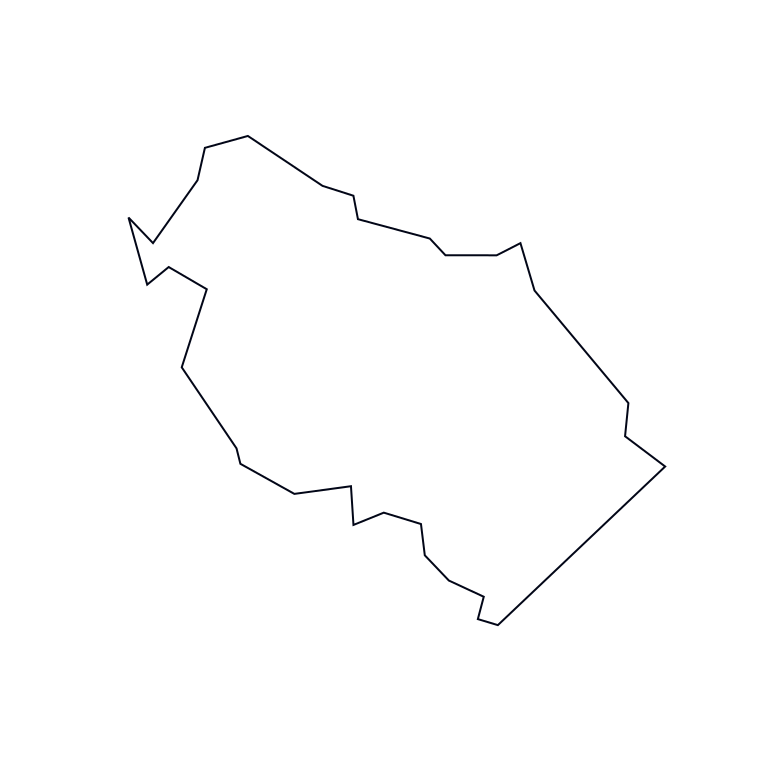 Powell, Kentucky, United States of America, rotated 17°
{"feature_id": "52423323B38899235476803", "entity_name": "Powell", "entity_type": "district", "adm_level": 2, "iso_a3": "USA", "parent_name": "United States of America", "parent_adm1": "Kentucky", "projection": "natural_earth1", "projection_center": [-83.843, 37.824], "detail": "fine", "context": "isolated", "style": "outline", "palette": "ink", "viewbox_px": 768, "rotation_deg": 17, "n_neighbors": 0, "source": "geoboundaries", "source_scale": "gbopen_adm2", "svg_char_len": 560}
<svg xmlns="http://www.w3.org/2000/svg" viewBox="0 0 768 768"><g transform="rotate(17 384 384)"><path d="M473.3,209.4L454.1,228.0L405.1,242.9L385.3,231.5L310.9,234.0L299.7,212.9L267.3,212.5L181.3,186.6L143.7,210.5L146.1,243.6L121.9,316.8L91.0,299.5L128.5,358.2L143.9,335.1L186.8,345.2L185.7,427.2L261.8,488.7L270.0,502.3L330.4,515.3L382.3,491.4L396.0,527.7L421.4,507.1L460.3,507.1L473.1,535.9L503.5,553.0L541.6,558.3L542.5,581.4L563.4,581.3L677.0,380.7L629.8,363.5L623.3,330.8L500.6,250.6L473.3,209.4Z" fill="none" stroke="#020617" stroke-width="2"/></g></svg>